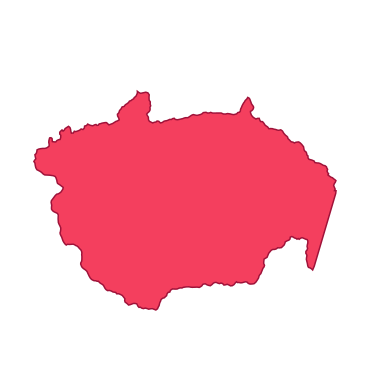 the district of Conceição do Tocantins, Tocantins, Brazil, rotated 71°
{"feature_id": "56859067B12744397035751", "entity_name": "Conceição do Tocantins", "entity_type": "district", "adm_level": 2, "iso_a3": "BRA", "parent_name": "Brazil", "parent_adm1": "Tocantins", "projection": "orthographic", "projection_center": [-47.324, -12.148], "detail": "fine", "context": "isolated", "style": "filled", "palette": "rose", "viewbox_px": 384, "rotation_deg": 71, "n_neighbors": 0, "source": "geoboundaries", "source_scale": "gbopen_adm2", "svg_char_len": 6025}
<svg xmlns="http://www.w3.org/2000/svg" viewBox="0 0 384 384"><g transform="rotate(71 192 192)"><path d="M120.7,108.5L121.9,109.9L122.8,111.9L124.0,113.2L124.7,114.3L125.6,115.3L126.6,116.4L128.0,117.6L129.5,119.1L131.3,120.0L132.0,121.1L131.8,122.8L132.6,124.2L132.6,125.7L132.4,127.4L131.6,129.0L130.7,130.3L129.4,132.8L129.2,134.9L128.4,137.0L126.8,138.7L124.1,146.8L122.8,148.4L122.9,149.9L122.4,151.6L121.2,152.8L120.6,155.5L121.3,157.0L121.5,158.5L121.4,160.1L121.2,162.3L120.3,163.9L119.2,165.6L119.3,167.5L119.9,169.7L120.4,171.7L119.7,173.6L119.5,175.3L119.6,176.8L119.2,180.6L118.9,182.4L117.9,184.2L116.5,184.8L116.3,186.4L116.7,188.0L116.1,189.4L116.3,191.3L116.3,193.0L116.0,194.3L116.0,195.7L116.6,197.4L116.4,199.4L114.3,200.4L113.5,201.9L114.1,203.3L113.8,204.9L113.9,206.7L111.4,209.2L109.9,209.6L108.7,209.4L107.0,208.9L105.3,209.3L103.6,209.5L102.8,208.2L102.1,206.5L101.2,205.3L100.0,204.6L98.2,204.2L97.1,203.0L95.3,202.9L93.2,202.1L91.2,202.6L89.4,202.1L87.9,201.6L86.2,200.8L83.9,201.4L82.6,203.2L82.0,208.4L80.8,209.7L79.0,210.9L80.6,211.4L82.0,212.6L83.3,214.0L83.9,215.9L84.9,216.8L85.1,218.3L85.7,219.9L85.7,221.6L86.7,222.8L87.4,224.8L87.8,226.6L89.0,228.3L88.8,230.4L90.3,232.0L91.4,234.0L93.3,235.4L94.2,237.2L96.0,237.6L98.2,237.2L100.0,237.3L100.5,239.2L100.5,241.0L101.4,244.7L101.5,248.7L98.6,250.2L98.1,251.4L97.6,254.6L97.6,256.2L97.4,257.6L98.3,258.9L98.1,260.2L96.9,260.8L96.8,262.4L97.1,264.2L96.1,266.0L95.1,267.3L93.8,268.5L94.8,270.1L94.7,272.1L96.6,273.1L97.4,274.8L96.3,276.3L97.0,278.2L97.1,280.9L97.0,282.4L96.2,283.5L97.6,285.0L97.1,286.9L95.2,286.8L93.2,286.4L91.3,286.4L89.7,287.4L90.7,291.3L92.0,292.8L92.4,294.1L91.0,294.7L91.6,296.1L92.4,297.6L94.2,298.2L95.6,297.6L97.7,298.4L99.4,299.6L99.1,301.3L99.4,303.1L100.3,304.5L99.8,305.9L98.9,307.6L95.8,306.9L94.7,307.7L94.5,309.0L95.6,309.8L96.9,310.6L98.5,311.3L100.2,311.5L102.0,312.1L102.7,313.8L103.0,315.2L102.9,316.8L102.2,318.9L101.7,321.2L101.5,323.1L101.7,324.8L103.5,325.7L104.9,326.8L105.6,328.4L107.6,328.7L109.8,328.9L110.8,330.6L111.7,331.6L113.4,331.1L116.2,331.6L118.2,331.8L120.4,331.4L122.8,329.1L124.4,327.9L126.6,326.8L127.9,325.7L129.8,321.0L130.5,319.7L131.4,317.9L132.7,316.4L134.1,316.0L135.4,316.0L137.0,316.0L138.4,316.3L140.1,316.3L141.4,315.3L142.4,314.5L145.7,312.3L147.3,313.2L149.3,315.8L150.0,317.8L150.2,319.2L150.0,320.6L150.8,322.4L154.4,327.7L155.9,328.6L159.0,329.0L160.4,329.7L162.4,330.4L163.8,330.1L165.2,329.4L166.6,328.1L167.5,327.1L168.5,326.2L170.1,325.9L174.0,327.4L177.4,328.3L179.2,328.2L181.1,327.9L183.3,327.8L185.1,328.5L186.6,329.3L187.7,330.1L189.2,330.3L190.9,330.1L192.2,329.9L196.1,329.9L197.8,329.6L199.6,329.1L201.2,328.2L200.9,326.8L201.7,324.9L202.6,321.5L203.4,320.4L204.7,319.4L205.6,318.3L207.1,317.4L208.9,316.8L210.3,316.0L212.1,315.7L213.9,316.0L215.3,316.7L216.8,317.0L218.3,317.5L220.2,318.2L221.7,319.0L222.5,320.0L223.8,320.7L225.4,320.7L226.8,320.6L228.1,320.1L229.3,319.4L230.6,318.4L231.9,317.6L233.2,317.1L234.7,317.0L238.2,316.6L240.2,316.2L241.9,315.5L242.9,314.6L243.9,313.6L244.6,311.9L245.5,310.8L246.0,309.5L247.7,308.8L249.1,307.8L250.2,306.8L251.6,306.1L254.8,305.6L256.2,305.1L257.7,304.0L258.3,301.9L259.5,300.4L260.8,299.3L262.1,296.8L263.7,296.4L264.4,294.3L265.8,292.8L267.1,291.6L269.0,290.9L271.1,290.2L272.7,291.0L274.3,291.1L275.6,290.2L276.7,289.5L278.2,288.8L278.4,287.4L278.3,283.8L278.8,282.2L279.8,280.6L282.4,280.3L283.8,279.7L284.2,278.2L285.3,277.5L286.4,276.0L286.6,273.9L287.6,272.4L288.7,271.1L289.0,268.9L289.5,267.3L291.8,264.6L291.2,262.6L289.8,261.4L288.8,260.2L286.3,258.6L284.8,257.1L283.6,256.3L282.9,254.4L283.0,252.5L282.2,251.0L281.8,249.8L280.1,248.7L279.1,247.1L279.4,245.6L277.9,244.3L277.3,242.1L278.5,239.0L278.9,237.5L278.7,235.7L278.9,234.1L279.5,232.7L279.3,231.3L279.6,229.6L280.0,227.8L280.7,225.7L281.4,224.5L282.2,222.8L283.6,218.1L284.6,216.2L284.4,214.8L283.9,213.2L282.8,211.8L282.9,210.5L283.2,209.2L284.3,208.4L285.5,207.0L286.6,205.2L286.0,203.2L285.1,201.4L285.0,199.8L285.4,198.5L286.7,197.1L287.6,195.8L287.5,194.3L288.5,192.9L290.4,192.1L290.7,190.3L290.7,188.8L292.0,187.3L293.3,186.1L293.7,184.4L293.2,182.4L292.2,180.9L291.4,179.2L292.5,178.4L292.8,177.1L293.6,175.9L294.1,174.2L294.2,172.3L294.3,170.6L295.2,169.2L296.7,168.6L297.9,167.2L298.5,165.3L298.9,163.2L298.1,161.1L297.0,159.6L296.0,158.3L294.9,157.0L293.4,156.1L292.2,154.8L291.6,153.5L287.3,149.8L286.3,148.3L284.9,147.3L283.1,147.5L281.6,147.0L278.9,145.7L278.2,142.3L274.9,139.4L272.9,136.1L272.6,134.4L273.2,132.5L273.2,130.7L272.6,129.1L273.3,127.6L273.7,125.5L272.1,122.1L271.0,121.1L269.5,120.0L269.1,117.8L269.1,116.1L268.4,114.7L266.7,113.8L266.6,112.1L267.7,110.9L268.8,110.1L269.7,108.8L270.8,108.1L270.5,106.8L271.6,106.1L271.1,104.6L271.0,102.8L272.4,101.2L273.7,99.8L274.5,98.6L275.9,98.4L277.9,99.1L279.7,100.3L281.2,101.0L282.8,101.0L284.2,102.0L285.2,103.6L287.0,104.3L288.3,104.0L289.7,104.1L291.2,105.0L292.9,105.8L297.3,106.2L299.6,106.6L301.2,106.4L302.3,105.0L303.8,103.9L305.0,103.3L302.0,100.6L240.2,56.6L237.7,55.4L237.1,56.8L235.9,55.7L232.1,56.0L230.5,54.8L229.5,53.4L228.1,52.2L226.8,52.9L225.6,53.8L224.3,54.5L223.2,55.8L221.4,57.1L220.1,57.9L219.3,56.9L217.9,57.4L216.2,57.5L214.7,56.4L213.4,56.7L211.9,56.7L210.4,57.7L209.6,59.1L207.0,61.3L205.9,62.7L205.2,64.4L204.2,66.2L202.4,66.5L200.8,68.3L199.2,70.7L197.6,71.2L195.6,70.6L194.3,71.3L192.6,71.0L191.1,71.2L190.1,72.0L188.6,72.3L185.5,71.8L182.6,72.8L180.8,73.7L179.4,74.8L179.0,76.4L178.8,77.9L179.0,79.2L177.7,80.3L176.8,81.9L174.0,83.2L172.7,83.9L171.3,83.7L170.1,84.2L168.8,85.1L166.4,86.1L163.8,86.6L162.1,87.8L161.9,89.9L161.2,91.2L160.2,92.4L159.3,94.0L158.2,95.5L157.5,97.3L157.2,98.7L155.1,99.3L153.8,100.3L152.4,101.2L150.5,101.6L148.4,102.4L147.7,104.2L146.2,104.5L144.2,104.5L143.7,106.0L143.8,107.8L141.6,109.6L140.2,110.3L138.6,110.8L136.2,110.9L134.8,110.5L134.6,109.1L133.8,107.5L132.4,106.3L131.1,106.1L129.5,106.6L128.2,107.0L123.1,107.1L121.9,107.4L120.7,108.5Z" fill="#f43f5e" stroke="#9f1239" stroke-width="1.5"/></g></svg>